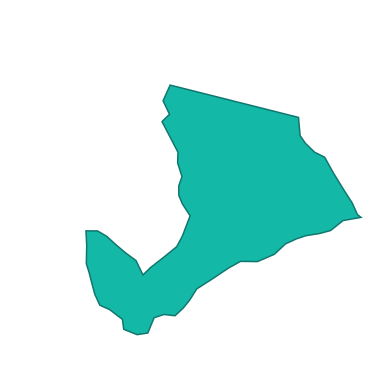 outline of Agios Epiktitos, Cyprus, rotated 151°
{"feature_id": "46923920B11647519105740", "entity_name": "Agios Epiktitos", "entity_type": "district", "adm_level": 2, "iso_a3": "CYP", "parent_name": "Cyprus", "parent_adm1": "", "projection": "natural_earth1", "projection_center": [33.422, 35.313], "detail": "fine", "context": "isolated", "style": "filled", "palette": "teal", "viewbox_px": 384, "rotation_deg": 151, "n_neighbors": 0, "source": "geoboundaries", "source_scale": "gbopen_adm2", "svg_char_len": 899}
<svg xmlns="http://www.w3.org/2000/svg" viewBox="0 0 384 384"><g transform="rotate(151 192 192)"><path d="M59.1,158.1L65.5,167.4L69.2,179.6L70.1,188.9L62.7,205.6L159.3,296.1L173.1,285.8L174.0,270.9L184.1,268.1L185.0,233.6L190.5,224.3L193.3,210.3L200.6,203.8L205.2,195.4L206.2,186.1L205.2,172.1L221.8,158.1L231.9,151.6L247.5,148.8L265.0,146.0L275.1,143.2L274.2,159.1L279.7,171.2L284.3,183.3L288.0,194.5L293.5,203.8L303.6,209.4L310.0,196.3L319.2,180.5L321.1,171.2L323.8,160.9L326.6,149.7L327.5,137.6L321.1,129.2L314.6,114.3L318.3,105.0L312.9,98.4L309.1,93.8L299.0,90.1L286.1,100.4L276.0,98.5L266.8,92.0L255.8,94.8L246.6,98.5L234.7,105.0L218.1,106.0L207.1,106.9L197.0,107.8L183.2,107.8L168.5,99.4L150.1,97.6L135.4,101.3L123.4,100.4L113.3,98.5L100.4,93.8L89.4,91.1L73.8,93.8L56.5,87.9L58.2,92.0L57.2,105.0L58.2,119.9L59.1,139.5L59.1,158.1Z" fill="#14b8a6" stroke="#0f766e" stroke-width="1.5"/></g></svg>